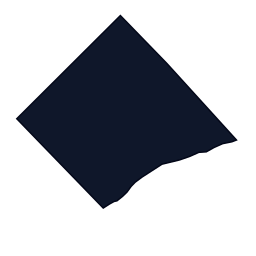 outline of Manistee, Michigan, United States of America, rotated 225°
{"feature_id": "52423323B69825151981471", "entity_name": "Manistee", "entity_type": "district", "adm_level": 2, "iso_a3": "USA", "parent_name": "United States of America", "parent_adm1": "Michigan", "projection": "albers", "projection_center": [-86.216, 44.341], "detail": "fine", "context": "isolated", "style": "filled", "palette": "ink", "viewbox_px": 256, "rotation_deg": 225, "n_neighbors": 0, "source": "geoboundaries", "source_scale": "gbopen_adm2", "svg_char_len": 407}
<svg xmlns="http://www.w3.org/2000/svg" viewBox="0 0 256 256"><g transform="rotate(225 128 128)"><path d="M213.2,55.9L88.9,53.9L87.4,60.9L85.9,66.2L84.3,68.7L83.5,76.1L83.4,81.9L84.5,88.9L84.6,94.7L83.4,103.1L78.4,126.4L68.9,142.0L64.1,152.0L60.7,160.9L55.8,166.5L53.4,175.0L50.0,183.9L44.8,191.7L42.8,196.2L146.0,201.1L212.9,202.1L213.2,55.9Z" fill="#0f172a" stroke="#020617" stroke-width="1.5"/></g></svg>